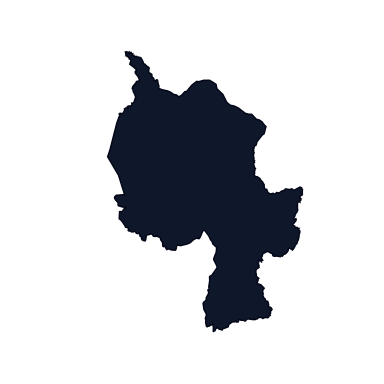 Sanxay, Attapu, Laos (orthographic projection), rotated 35°
{"feature_id": "54806243B69269956902772", "entity_name": "Sanxay", "entity_type": "district", "adm_level": 2, "iso_a3": "LAO", "parent_name": "Laos", "parent_adm1": "Attapu", "projection": "orthographic", "projection_center": [107.296, 15.037], "detail": "fine", "context": "isolated", "style": "filled", "palette": "ink", "viewbox_px": 384, "rotation_deg": 35, "n_neighbors": 0, "source": "geoboundaries", "source_scale": "gbopen_adm2", "svg_char_len": 6050}
<svg xmlns="http://www.w3.org/2000/svg" viewBox="0 0 384 384"><g transform="rotate(35 192 192)"><path d="M132.4,98.7L130.6,104.5L129.9,112.7L128.6,114.0L128.0,118.8L126.7,121.6L123.6,121.4L121.0,122.6L117.5,122.5L114.1,123.2L109.0,125.3L106.0,126.1L105.1,126.0L104.1,124.1L102.9,123.4L99.5,120.1L98.6,120.4L98.2,122.2L97.2,122.4L95.5,121.0L94.7,120.7L93.6,120.9L91.4,118.6L89.5,118.9L88.2,118.7L87.2,118.1L85.9,115.2L85.1,114.7L82.5,114.8L79.8,114.3L78.6,114.9L77.8,113.8L75.0,112.2L72.9,111.4L70.7,112.2L70.3,112.9L69.0,112.6L66.8,114.1L66.1,113.5L65.9,114.1L64.9,114.1L64.2,112.8L63.6,113.7L62.8,113.0L62.0,113.7L61.8,112.8L60.9,113.5L60.6,114.8L60.1,113.7L59.8,114.4L58.3,114.5L57.1,115.4L59.1,117.4L59.9,117.6L59.8,118.2L60.9,117.8L61.3,118.2L62.2,117.7L63.1,118.3L63.8,117.9L65.4,117.8L65.5,118.4L65.0,118.9L66.5,118.9L67.7,123.0L72.1,123.1L76.0,123.6L76.6,124.3L76.5,125.7L77.0,125.7L76.8,126.4L77.2,127.0L78.2,127.1L79.2,127.9L80.4,127.9L81.8,128.5L84.4,130.1L84.8,130.9L84.2,132.5L83.1,133.3L83.5,134.7L83.2,136.0L83.6,136.6L83.1,137.8L83.0,139.3L83.7,141.5L85.5,142.3L85.9,143.2L89.4,145.0L90.3,145.9L91.2,145.9L92.9,151.6L92.9,153.2L91.7,153.7L93.1,155.4L92.6,156.0L93.0,156.9L92.1,157.0L90.5,158.1L90.1,159.6L90.5,160.1L91.3,160.0L91.5,160.3L89.5,161.3L89.0,162.7L89.9,163.6L90.4,166.9L89.5,168.0L87.9,168.8L87.6,169.9L89.0,170.6L89.1,172.2L90.9,178.7L100.7,204.7L102.7,211.5L122.2,220.4L138.3,232.8L131.9,238.1L131.5,239.8L131.6,240.7L132.2,241.5L133.9,242.3L138.2,243.3L138.4,244.5L139.5,245.5L143.8,244.1L146.0,242.8L147.1,242.9L147.1,243.6L146.0,244.8L146.1,248.0L144.0,249.6L147.4,255.2L147.9,255.7L149.5,255.7L151.9,256.3L156.9,258.2L157.5,258.9L160.2,258.1L161.5,258.9L161.6,259.9L162.3,260.2L162.7,260.1L162.7,259.5L165.1,259.4L166.1,258.9L166.8,258.4L167.0,257.5L167.4,257.2L168.0,257.1L169.4,257.3L169.6,257.6L170.6,257.6L171.8,257.0L171.7,256.5L172.2,256.1L173.3,256.1L174.4,257.8L175.1,258.0L175.6,257.7L176.9,258.1L177.4,259.2L178.4,259.7L178.7,259.1L179.7,259.8L181.6,259.0L181.5,257.9L179.4,253.5L179.8,252.6L180.5,252.4L182.1,250.3L183.4,249.4L185.8,250.3L187.5,249.4L188.3,248.5L191.7,247.6L192.8,248.1L193.8,249.1L196.8,250.2L199.2,253.1L199.7,253.2L201.3,252.2L201.9,252.2L203.1,253.2L204.4,253.6L205.3,252.2L206.3,251.6L207.1,251.7L208.4,251.2L211.0,249.7L211.8,249.1L211.7,247.9L210.6,245.6L210.3,243.9L213.4,242.5L218.1,237.1L219.6,234.5L220.5,230.5L221.7,227.9L222.6,227.0L224.2,226.4L224.7,225.9L224.5,223.6L223.2,218.0L223.4,216.9L223.9,216.4L224.7,216.3L230.7,218.2L234.5,220.4L237.0,221.1L238.7,222.5L244.0,223.3L246.4,227.5L247.8,233.4L248.5,234.9L253.7,237.7L255.3,238.7L256.0,239.8L256.0,248.9L255.0,250.7L255.0,251.4L257.4,254.5L260.2,260.2L261.7,261.3L261.2,263.1L263.3,264.8L263.8,265.7L264.3,270.3L265.4,271.9L265.4,274.0L264.8,275.2L265.0,276.9L269.2,281.4L273.7,283.7L274.6,285.0L275.2,287.3L275.8,288.2L276.9,289.1L278.0,291.0L280.7,293.6L281.7,293.7L281.9,292.8L283.1,292.0L283.3,290.8L284.2,289.7L284.3,288.6L285.0,288.7L286.9,290.3L288.8,293.0L289.1,293.8L289.6,293.9L290.4,292.3L289.8,290.7L290.6,288.5L292.5,288.8L295.8,287.8L295.8,285.9L296.6,285.2L298.9,281.8L298.1,278.8L298.5,277.9L299.0,277.5L298.8,276.3L299.4,275.9L299.8,275.0L301.5,273.9L301.8,273.0L303.0,273.0L304.3,272.0L303.8,269.1L305.3,268.8L305.7,269.0L307.5,267.7L309.6,267.2L310.1,264.3L311.7,263.1L312.5,263.1L313.3,262.1L314.5,262.0L316.6,260.5L317.2,259.9L317.3,259.2L318.3,258.5L318.4,256.9L319.7,255.6L321.5,254.9L322.7,254.9L323.3,253.5L324.5,252.4L326.2,251.5L326.5,250.3L326.1,249.4L326.9,248.2L325.5,247.3L325.9,246.3L324.8,244.9L324.9,242.3L323.8,241.6L321.8,241.5L320.9,242.3L320.0,241.6L319.4,240.3L316.9,238.2L314.4,238.9L313.2,237.6L312.1,237.7L309.4,236.2L308.6,234.4L307.2,233.4L306.3,231.8L306.3,229.4L301.4,228.5L299.2,229.3L298.1,229.3L297.2,228.8L297.0,227.2L295.9,226.6L296.5,226.1L296.1,225.6L296.2,224.4L293.0,224.2L291.8,222.4L290.7,221.7L289.3,219.6L289.0,218.3L289.9,216.3L290.1,215.0L289.2,214.7L289.0,213.7L288.6,213.4L288.2,213.5L287.3,213.0L287.2,211.9L286.6,210.7L285.2,210.1L285.3,209.2L285.6,209.1L288.9,209.3L288.4,208.5L289.0,207.3L286.8,206.5L286.3,205.5L286.4,204.6L285.4,202.0L287.2,198.6L287.1,197.9L289.2,197.0L292.1,196.8L293.9,196.2L294.3,197.4L295.1,197.8L296.7,197.2L297.9,196.0L301.5,194.3L301.5,193.5L302.9,192.6L302.8,190.4L303.8,189.5L304.4,187.1L304.3,184.5L303.5,183.4L303.8,182.4L304.3,181.9L307.6,181.9L307.7,179.2L307.3,178.1L307.6,177.6L306.9,176.6L307.5,174.1L306.9,172.6L306.4,169.9L305.9,169.3L305.9,168.6L304.5,165.9L304.0,165.7L303.7,163.6L302.6,162.0L301.2,162.1L300.7,160.5L300.0,161.2L299.6,160.8L298.2,160.8L297.7,161.9L297.2,162.0L296.8,161.6L296.2,161.7L295.7,161.0L293.7,161.5L293.2,161.2L293.6,156.0L293.1,154.8L292.5,154.3L291.8,154.9L291.6,156.1L290.4,155.7L290.1,155.3L290.2,153.3L289.2,150.4L289.5,149.2L289.1,146.4L287.0,143.9L284.6,140.3L284.8,138.9L285.4,138.4L286.2,138.4L285.5,137.4L285.8,136.3L285.2,135.0L283.3,134.7L283.0,133.0L283.8,131.7L283.9,130.9L281.6,127.7L281.2,126.7L280.4,126.5L279.3,125.7L277.7,126.0L274.6,132.0L273.5,132.4L272.7,132.0L271.8,132.3L270.6,134.0L267.0,135.7L266.7,136.4L266.5,138.0L264.8,140.0L264.2,142.3L263.4,143.1L261.7,143.8L261.0,146.5L259.2,146.5L257.7,148.4L255.8,148.9L254.3,148.8L251.7,147.0L251.3,147.1L250.2,148.1L247.8,146.0L247.0,144.7L243.7,143.2L242.1,143.0L239.7,142.0L236.4,142.1L235.7,143.0L234.8,143.2L233.9,142.4L232.9,142.3L232.5,140.6L231.3,139.2L231.2,138.4L230.4,137.1L230.5,136.4L229.1,136.1L228.3,135.1L227.2,135.0L226.9,134.1L225.9,132.7L226.2,131.8L225.2,131.3L225.2,130.4L223.8,130.0L223.4,128.6L222.1,128.0L221.3,126.4L220.4,125.8L220.6,124.7L220.2,124.1L219.1,123.6L218.9,122.7L217.7,122.5L217.9,121.1L216.9,121.2L216.6,120.3L217.2,119.6L216.9,118.2L217.6,116.9L216.4,113.5L216.8,105.4L217.6,102.7L215.6,97.6L215.2,96.1L211.3,95.2L209.4,94.4L205.9,94.4L202.8,95.5L196.4,94.1L193.9,95.7L190.5,97.0L181.8,96.6L177.2,97.4L173.5,99.0L169.0,98.6L161.4,94.4L153.1,93.1L150.0,90.1L146.9,90.1L142.3,90.4L137.7,93.6L134.3,97.7L132.4,98.7Z" fill="#0f172a" stroke="#020617" stroke-width="1.5"/></g></svg>